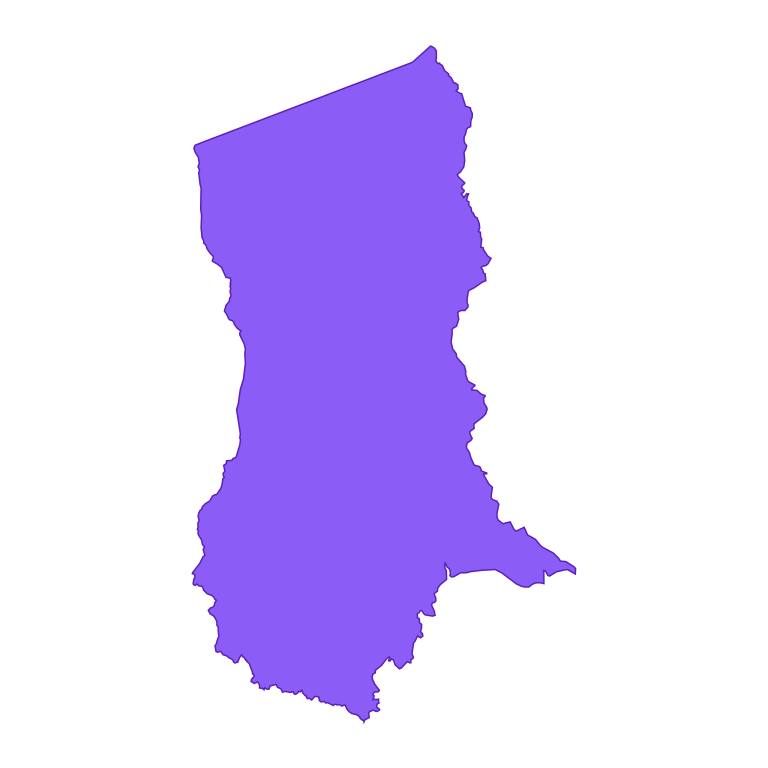 Datem del Marañon, Loreto, Peru
{"feature_id": "86281439B19525046252167", "entity_name": "Datem del Marañon", "entity_type": "district", "adm_level": 2, "iso_a3": "PER", "parent_name": "Peru", "parent_adm1": "Loreto", "projection": "robinson", "projection_center": [-76.806, -4.129], "detail": "fine", "context": "isolated", "style": "filled", "palette": "violet", "viewbox_px": 768, "rotation_deg": 0, "n_neighbors": 0, "source": "geoboundaries", "source_scale": "gbopen_adm2", "svg_char_len": 6107}
<svg xmlns="http://www.w3.org/2000/svg" viewBox="0 0 768 768"><path d="M469.0,290.4L474.1,287.8L482.4,282.1L485.8,280.7L485.2,273.9L483.4,272.9L482.9,270.1L481.0,267.7L482.8,266.2L485.6,265.7L488.1,263.7L491.0,258.4L487.6,255.9L483.5,249.7L483.1,247.6L480.8,247.3L481.7,239.1L480.7,237.3L480.4,232.2L478.4,231.6L479.7,227.9L479.2,223.5L477.0,217.7L474.8,216.6L473.4,213.2L471.7,211.8L471.1,207.8L468.8,205.4L468.9,201.9L466.7,200.6L467.2,197.0L468.5,193.8L466.8,193.7L463.7,197.4L461.3,193.5L463.3,192.6L464.1,191.1L464.0,190.1L461.9,188.4L461.9,185.8L464.5,183.6L464.7,182.8L459.1,177.7L457.2,174.7L460.4,171.9L463.8,166.9L464.7,160.5L464.0,152.4L465.7,149.3L466.7,145.6L464.8,143.3L464.0,140.2L464.2,136.8L465.8,133.3L466.3,129.9L467.6,127.9L470.6,126.6L470.9,120.6L472.2,117.1L472.3,113.5L470.7,110.1L470.4,107.8L465.5,106.2L461.7,93.7L459.0,92.9L456.1,90.8L458.1,88.8L457.8,84.8L455.4,83.0L454.6,83.3L453.8,82.8L451.3,77.9L448.4,75.3L448.7,74.0L444.7,70.7L442.2,65.3L440.3,64.5L439.6,63.1L438.2,63.5L437.0,62.9L436.5,61.3L435.6,60.8L436.4,57.9L436.3,50.7L434.4,48.1L431.4,46.3L430.5,46.1L412.5,62.3L204.3,141.6L195.4,145.1L194.6,146.1L193.9,148.6L195.5,152.8L198.3,157.2L199.3,163.6L198.0,166.7L199.6,170.2L198.7,172.6L200.1,184.4L201.1,188.1L200.7,208.9L201.6,215.7L201.1,227.8L202.1,237.6L203.6,240.7L203.9,243.5L205.7,244.6L207.1,248.8L210.4,253.6L212.7,255.6L213.5,258.0L212.3,260.3L212.5,261.3L217.4,264.1L221.6,267.5L226.0,277.4L230.3,278.1L230.8,280.6L230.2,283.6L230.9,284.3L230.0,285.8L230.7,289.0L230.0,291.4L231.1,295.9L229.8,298.0L229.1,301.6L226.0,305.4L224.4,311.1L226.7,314.3L228.7,318.8L230.0,320.0L232.2,320.5L234.1,322.6L234.1,324.0L237.3,328.3L241.0,331.1L240.0,332.2L239.7,334.6L244.2,343.9L245.4,349.0L244.8,354.1L245.4,363.0L243.5,379.0L240.3,389.5L238.3,403.8L236.6,409.5L240.3,433.4L239.8,438.2L240.5,439.5L239.8,445.0L236.0,457.4L233.1,458.5L231.9,460.3L226.5,460.8L226.3,463.6L223.7,465.4L224.9,471.2L223.0,473.6L223.5,476.1L224.3,477.1L222.9,478.7L221.8,485.7L220.6,488.7L216.6,494.6L214.6,494.9L212.6,496.0L209.8,500.9L205.2,503.8L202.3,506.9L201.7,509.2L200.1,510.3L199.0,512.6L198.1,515.9L199.1,521.1L198.0,522.7L198.0,527.3L197.3,529.3L198.6,531.1L198.0,532.4L198.3,534.6L201.8,540.5L202.3,544.2L204.5,547.0L203.2,549.5L204.8,555.5L203.0,556.8L199.7,563.5L192.6,572.6L192.4,573.7L194.6,574.3L194.9,577.7L193.8,579.3L193.1,583.9L193.9,585.0L195.5,585.3L196.9,583.9L198.8,585.9L201.9,586.3L202.9,587.6L203.6,590.1L207.2,593.8L211.9,595.4L214.0,597.5L214.7,599.1L216.4,600.4L214.9,602.5L214.1,605.9L212.4,607.4L210.5,608.0L208.3,610.2L210.0,613.7L213.8,616.1L215.7,619.0L216.9,621.9L216.9,625.2L218.5,627.8L218.1,629.2L218.8,637.0L217.8,638.4L216.3,644.0L215.0,645.8L216.0,651.5L217.5,652.2L220.8,651.4L223.0,654.7L226.8,655.9L228.9,657.8L232.7,659.7L233.5,661.9L235.0,663.0L237.8,662.1L239.5,657.6L241.7,654.9L243.1,657.1L244.4,657.7L245.6,660.1L246.6,660.2L247.0,661.7L249.1,663.3L252.6,672.5L252.4,673.7L253.9,674.6L254.0,676.6L251.6,679.1L251.1,681.5L254.3,683.5L257.5,681.9L259.5,684.8L259.5,688.0L262.8,688.5L264.0,689.8L265.0,687.8L266.9,689.1L268.9,689.2L270.1,686.0L276.1,684.5L277.4,687.2L280.9,688.8L282.5,692.2L285.1,691.4L290.6,692.4L293.0,691.6L294.3,694.0L295.6,694.3L297.7,693.0L298.6,691.2L300.2,691.9L301.9,690.4L302.9,693.2L305.4,695.8L306.4,696.0L306.6,697.7L307.4,698.6L309.3,698.3L311.7,700.0L314.8,696.5L318.4,696.7L319.1,697.3L318.8,698.5L319.5,699.5L319.3,700.6L321.2,702.0L324.4,701.4L325.6,703.0L327.7,702.7L333.2,705.5L334.3,704.4L336.2,704.3L336.9,704.9L339.6,704.7L342.0,706.1L344.0,705.1L345.4,705.4L347.0,709.4L349.6,712.0L351.7,713.5L356.7,714.7L359.6,716.8L360.2,718.3L362.2,720.1L363.7,720.5L364.0,721.9L364.9,719.8L369.2,717.6L368.7,713.0L369.9,711.2L371.5,711.0L372.7,710.0L376.0,711.4L377.5,711.3L379.6,709.9L379.1,708.7L376.9,707.5L376.7,706.6L377.0,704.3L379.1,702.9L378.5,701.7L378.6,699.2L375.2,699.6L374.1,699.0L373.1,699.5L374.1,695.9L373.0,694.8L373.5,693.0L374.9,692.0L378.4,691.8L379.4,690.2L375.0,684.6L372.6,679.5L372.1,677.2L373.1,673.8L375.2,673.0L375.5,670.2L381.5,665.4L386.8,658.5L388.9,657.1L389.6,657.1L389.7,658.4L388.5,660.1L389.0,661.0L390.3,660.9L391.3,659.1L392.3,659.3L393.6,660.4L395.1,664.8L399.4,668.8L401.3,668.0L407.3,661.7L410.0,662.9L410.9,662.7L410.7,659.6L412.8,658.7L413.4,657.1L412.0,653.7L413.6,642.8L415.0,641.3L417.5,636.0L420.4,637.8L422.8,636.2L422.5,633.7L420.6,631.5L421.5,628.2L421.6,624.3L419.6,622.9L419.2,618.5L417.5,617.9L417.3,613.6L419.1,612.6L420.2,610.8L421.0,610.5L422.0,610.9L424.1,614.1L425.3,614.9L432.7,616.1L435.1,615.3L434.1,610.7L431.5,604.9L432.5,602.8L434.7,602.3L435.9,600.7L435.7,597.7L434.3,594.6L434.4,593.4L437.3,591.3L437.8,588.0L440.3,584.6L446.6,579.4L446.3,570.3L445.2,568.8L444.7,565.6L445.2,563.2L447.0,566.8L449.7,569.4L450.4,573.3L449.9,575.6L451.3,576.9L453.8,576.7L460.6,572.8L466.7,572.7L470.6,571.6L481.6,570.3L495.1,569.5L501.7,572.8L516.2,583.8L521.3,586.2L524.6,587.0L528.8,587.0L532.5,584.2L535.6,582.9L540.0,582.7L543.9,583.6L543.8,570.4L545.5,571.1L547.8,575.3L549.4,576.1L556.5,571.8L565.1,569.8L567.8,569.7L575.3,574.0L575.6,568.7L574.2,566.9L565.9,561.6L560.4,561.1L558.4,557.9L553.2,553.0L542.8,547.4L540.3,545.4L535.5,539.4L527.6,535.0L524.2,527.3L515.9,531.2L513.8,529.1L510.2,521.9L502.8,523.7L498.1,519.9L497.1,517.5L496.9,513.8L498.8,504.2L496.8,501.1L492.9,499.8L491.0,497.5L492.4,487.3L488.8,484.0L483.4,474.3L483.8,473.8L486.6,473.9L486.8,473.1L481.5,471.0L480.3,467.5L479.3,466.5L474.2,465.1L470.9,457.8L469.4,452.4L466.6,448.1L466.5,445.9L467.2,443.0L470.8,440.5L472.2,438.5L469.8,433.7L470.0,431.4L474.2,428.3L473.8,425.8L474.2,423.7L482.8,417.0L485.8,413.6L487.1,409.2L486.7,407.4L483.9,402.8L483.6,397.9L485.1,396.4L485.1,395.5L480.9,394.0L477.3,390.5L471.7,389.8L472.1,388.1L474.7,385.9L474.9,385.1L469.0,381.9L467.7,380.6L465.6,374.5L465.8,371.6L464.5,366.2L456.7,357.2L456.2,353.7L452.7,349.0L451.1,342.0L452.2,333.7L452.0,329.6L452.8,328.4L456.5,326.2L458.7,319.5L457.7,312.4L460.6,310.5L464.9,310.5L467.9,307.1L468.1,305.1L467.1,302.9L467.1,298.7L468.2,292.1L469.0,290.4Z" fill="#8b5cf6" stroke="#5b21b6" stroke-width="1.5"/></svg>